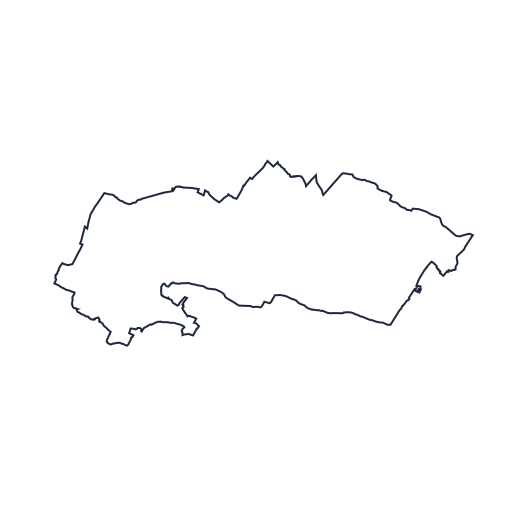 outline of Vultureni, Bacau, Romania, rotated 314°
{"feature_id": "2599482B57556224697015", "entity_name": "Vultureni", "entity_type": "district", "adm_level": 2, "iso_a3": "ROU", "parent_name": "Romania", "parent_adm1": "Bacau", "projection": "natural_earth1", "projection_center": [27.229, 46.411], "detail": "fine", "context": "isolated", "style": "outline", "palette": "slate", "viewbox_px": 512, "rotation_deg": 314, "n_neighbors": 0, "source": "geoboundaries", "source_scale": "gbopen_adm2", "svg_char_len": 6095}
<svg xmlns="http://www.w3.org/2000/svg" viewBox="0 0 512 512"><g transform="rotate(314 256 256)"><path d="M421.6,397.5L420.3,394.1L417.0,391.9L411.6,388.9L410.2,386.9L409.4,385.3L408.7,372.4L407.8,369.7L408.0,368.0L408.4,366.9L410.9,362.3L410.9,360.7L410.1,359.4L409.3,357.0L408.2,354.7L407.5,352.9L406.2,347.8L402.9,340.8L399.0,335.9L396.6,336.3L396.3,336.0L395.6,334.4L394.1,332.8L393.9,330.1L392.4,326.6L392.1,325.3L392.1,320.6L391.8,319.8L390.3,317.2L389.1,313.9L389.5,313.4L393.6,311.6L393.7,311.3L392.6,305.2L391.4,303.3L390.9,302.0L390.3,301.5L390.3,300.8L389.6,299.1L389.0,296.5L390.6,295.2L390.9,291.9L390.5,290.5L389.3,288.3L388.1,285.4L386.9,283.7L386.4,281.3L384.0,279.1L381.4,274.4L380.6,271.4L381.2,270.1L381.5,268.5L379.7,266.4L378.5,264.4L375.9,261.1L375.5,261.1L375.1,260.7L346.6,262.0L347.4,260.0L348.1,259.4L349.1,257.5L350.4,251.3L351.3,248.5L353.1,245.9L355.8,243.0L350.0,242.9L341.0,243.5L342.1,241.9L342.7,240.5L344.1,236.5L344.7,233.4L343.6,231.7L341.9,229.8L341.5,229.8L341.2,229.2L340.2,229.0L339.8,228.6L340.1,228.4L339.7,227.8L339.2,227.9L338.0,227.1L338.2,226.9L336.9,225.4L338.0,223.7L337.2,221.8L337.7,220.4L337.6,219.6L337.8,216.6L338.2,216.3L337.9,216.0L337.9,212.9L337.6,211.7L338.1,210.2L337.5,208.5L338.6,206.5L332.4,206.3L332.3,198.2L330.4,198.7L328.1,198.8L326.9,199.4L323.8,199.8L313.0,199.4L308.6,199.6L308.2,197.4L302.6,197.9L298.2,198.7L297.9,198.0L292.9,200.1L283.7,202.3L282.1,199.3L282.3,198.9L281.9,196.7L281.2,194.7L281.2,193.3L279.7,193.6L275.6,192.7L273.2,192.7L268.9,192.2L268.7,190.5L267.9,186.6L267.8,181.4L267.9,179.6L268.8,177.2L268.3,176.4L267.8,173.8L263.2,176.2L261.3,169.7L264.4,168.4L259.9,162.0L254.5,155.9L254.0,154.4L253.7,154.4L253.0,153.6L253.0,152.9L252.6,152.8L252.1,151.9L251.4,151.7L251.2,151.0L250.2,150.4L249.3,150.2L246.2,151.0L246.8,149.2L246.6,149.0L246.2,149.0L244.2,150.6L237.6,145.7L217.6,134.0L216.3,133.9L215.8,133.0L213.5,132.0L211.2,132.3L209.6,131.4L209.0,130.6L206.6,129.8L205.1,128.8L203.1,124.8L202.5,121.7L201.4,119.7L201.1,117.1L201.4,115.4L200.7,114.3L200.9,112.4L200.6,110.9L200.1,109.8L198.2,107.3L195.9,103.2L183.6,105.4L179.5,105.9L178.1,106.4L171.3,107.9L163.6,112.2L158.5,115.5L158.3,112.5L145.5,119.7L142.7,120.8L143.7,123.2L138.2,125.1L135.6,125.7L122.8,129.6L119.1,127.4L118.6,126.7L116.9,123.6L116.3,121.7L112.7,122.2L110.3,122.9L109.4,123.2L109.1,123.8L106.3,124.5L104.9,125.4L103.9,125.0L102.8,125.1L102.6,125.8L101.2,126.6L100.8,127.1L100.3,128.6L96.2,130.0L97.7,134.1L98.2,137.4L99.3,140.6L99.9,143.2L101.2,145.2L102.5,148.6L103.5,150.2L103.5,151.2L98.7,152.6L97.0,154.6L93.4,157.1L93.2,158.1L92.3,159.1L92.0,160.5L92.8,162.4L93.2,162.5L93.4,163.6L93.9,164.5L93.1,164.1L92.8,164.2L91.8,166.3L92.6,168.3L92.6,169.5L93.2,171.6L93.9,172.8L94.5,175.8L95.3,176.5L95.4,177.2L95.8,177.5L95.7,178.4L95.4,178.7L95.7,179.6L95.7,180.8L96.3,182.1L97.1,182.8L98.1,183.2L97.8,183.8L98.8,184.1L100.0,184.0L102.2,185.3L101.7,187.2L100.6,188.1L100.8,188.4L99.9,189.0L100.6,190.3L100.8,192.8L100.0,195.4L100.4,197.7L100.2,200.2L100.4,204.2L92.1,207.1L90.7,208.0L90.8,208.9L90.4,209.7L90.6,210.8L91.5,213.1L93.3,213.7L93.4,214.0L97.1,216.4L98.9,218.3L99.8,220.7L100.4,221.1L101.0,223.4L101.9,225.5L103.5,225.6L109.3,223.9L109.5,223.5L110.3,223.0L111.4,223.0L112.0,223.4L113.9,222.9L112.3,218.4L116.7,216.2L119.3,219.4L119.4,220.2L120.3,220.8L121.9,220.8L123.7,222.8L123.8,223.7L123.4,224.5L122.1,225.8L122.3,226.3L124.8,225.6L126.5,225.5L133.3,227.5L133.5,227.9L134.5,228.5L134.4,228.7L139.2,230.4L141.2,231.6L142.0,232.8L142.5,232.9L143.0,233.6L143.2,234.4L147.2,238.7L148.9,241.5L149.5,241.7L151.0,243.6L152.8,247.1L154.0,249.0L155.2,252.9L155.0,253.9L152.0,253.9L151.1,254.2L150.1,255.1L150.3,255.6L149.9,256.2L148.0,258.1L149.8,259.0L153.1,261.7L155.1,265.9L162.5,263.9L162.7,264.2L165.9,263.8L165.9,259.9L165.6,258.6L164.9,257.8L169.4,256.5L169.0,254.8L166.3,249.1L165.0,248.7L166.3,242.4L167.3,239.2L169.1,239.3L169.2,238.9L169.4,238.7L169.5,237.8L170.4,237.7L170.6,237.5L170.2,236.8L171.9,236.2L177.9,235.6L177.0,233.3L168.9,233.7L167.2,234.4L165.7,233.8L164.6,228.6L165.5,226.2L165.5,225.6L164.6,223.0L165.0,222.9L165.2,221.8L163.8,221.3L163.3,219.2L162.6,218.3L162.4,216.7L162.6,216.5L162.2,216.0L162.2,215.4L162.7,214.9L162.7,214.3L163.9,213.3L165.2,211.6L166.3,211.0L167.8,209.3L171.5,208.6L172.5,209.3L172.1,212.2L172.9,214.1L173.3,214.3L175.3,214.0L176.7,214.3L177.4,214.0L177.8,214.5L179.4,214.6L180.0,216.6L182.5,219.9L184.6,221.3L190.1,226.8L191.2,229.4L192.9,231.6L194.1,233.8L197.5,239.0L198.0,239.9L198.3,242.2L199.0,243.9L203.8,250.1L205.5,254.7L206.0,256.8L206.3,259.3L205.3,262.3L205.2,263.7L207.1,271.4L208.5,278.2L216.2,286.8L217.1,289.2L220.4,292.2L221.8,294.4L222.6,295.1L224.0,295.1L228.9,293.8L231.6,298.7L233.5,298.8L240.8,296.8L244.9,300.7L247.9,305.3L250.0,311.6L250.7,312.6L251.6,314.9L252.0,316.2L251.8,316.8L251.9,319.7L252.7,322.1L254.0,324.7L254.3,328.4L254.6,329.8L256.4,333.8L257.0,334.1L258.6,336.6L261.0,339.4L261.6,340.8L263.2,342.5L264.4,346.2L266.2,349.0L268.7,351.3L274.8,357.9L275.4,358.3L276.1,358.2L279.3,361.0L281.6,363.9L282.5,365.8L283.0,367.7L284.3,370.3L285.2,373.2L286.3,375.0L288.9,381.7L290.6,384.4L292.2,388.0L294.5,391.6L296.1,393.3L297.9,398.4L300.0,400.5L316.4,397.0L319.0,396.9L322.1,395.9L322.5,396.3L328.7,395.6L329.7,395.8L330.1,396.3L331.6,396.2L332.1,395.6L332.2,395.0L342.6,393.0L343.0,393.1L343.7,393.8L341.6,394.4L342.1,396.4L343.2,398.9L346.3,397.9L345.6,397.3L344.6,397.4L344.1,396.4L345.3,396.1L345.7,396.7L347.5,396.2L348.4,395.4L347.2,393.6L345.8,393.2L345.6,392.4L346.8,391.7L350.5,390.1L354.6,388.8L362.4,387.1L366.0,386.6L366.2,386.9L367.6,386.4L369.6,386.3L373.8,386.2L374.3,388.3L374.3,392.7L374.1,393.3L373.2,393.9L373.2,396.2L372.7,396.2L373.0,398.9L372.4,398.9L372.4,399.9L371.5,400.2L371.8,401.2L371.7,402.5L371.9,404.5L377.3,404.1L377.3,404.6L378.3,405.4L379.3,404.3L379.5,404.3L379.9,404.6L380.6,406.5L380.9,406.9L382.9,407.3L383.8,408.5L384.2,408.6L385.2,408.8L385.5,408.1L387.1,407.0L390.5,406.1L391.6,405.0L393.9,401.8L395.5,400.7L405.2,401.1L408.6,399.9L421.6,397.5Z" fill="none" stroke="#1e293b" stroke-width="2"/></g></svg>